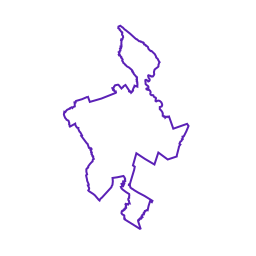 Kota Tebing Tinggi, Sumatera Utara, Indonesia, rotated 161°
{"feature_id": "22746128B29639616204280", "entity_name": "Kota Tebing Tinggi", "entity_type": "district", "adm_level": 2, "iso_a3": "IDN", "parent_name": "Indonesia", "parent_adm1": "Sumatera Utara", "projection": "equal_earth", "projection_center": [99.154, 3.328], "detail": "fine", "context": "isolated", "style": "outline", "palette": "violet", "viewbox_px": 256, "rotation_deg": 161, "n_neighbors": 0, "source": "geoboundaries", "source_scale": "gbopen_adm2", "svg_char_len": 5834}
<svg xmlns="http://www.w3.org/2000/svg" viewBox="0 0 256 256"><g transform="rotate(161 128 128)"><path d="M160.9,42.7L149.6,28.8L148.9,28.9L148.8,35.8L148.7,36.9L148.5,37.5L148.0,37.7L147.5,37.3L146.9,37.7L146.8,38.3L145.9,38.7L145.4,38.2L145.2,38.5L144.6,38.3L143.9,38.9L144.0,39.6L143.4,39.4L143.5,40.1L143.2,40.6L142.8,41.1L142.4,41.1L142.1,41.4L141.2,41.1L140.6,41.8L140.7,42.4L140.6,42.9L139.6,43.1L139.1,44.0L138.3,43.8L137.7,44.2L136.9,44.3L136.2,43.8L134.0,47.5L130.9,51.7L129.6,50.1L128.6,51.2L134.5,58.4L139.3,63.5L142.4,67.2L143.7,69.1L144.0,69.2L145.1,70.9L144.9,72.7L145.8,73.7L145.5,74.4L145.1,74.5L144.6,74.0L143.7,75.5L135.9,86.3L134.2,89.2L135.5,91.0L128.3,101.4L122.0,93.2L114.9,84.9L107.3,94.9L100.7,85.3L91.2,85.2L90.7,86.3L86.2,93.1L86.2,93.4L85.1,94.5L83.9,95.3L84.5,96.1L84.5,96.4L82.9,98.1L81.9,98.2L80.7,99.3L80.7,99.7L80.0,99.6L79.9,100.3L79.6,100.5L79.3,102.0L78.5,101.8L78.2,102.2L77.7,102.2L73.9,105.9L70.1,110.2L70.8,112.7L85.4,112.6L85.5,125.5L86.6,125.4L86.7,125.8L87.9,126.1L89.3,125.6L89.2,126.1L89.2,126.7L89.5,127.0L90.2,126.8L90.4,127.0L90.1,127.2L90.2,127.5L91.2,128.3L90.8,129.1L90.7,129.8L90.4,130.3L90.5,130.7L90.3,131.4L90.9,133.7L91.8,135.5L91.1,137.5L89.2,137.4L88.4,138.2L88.0,139.3L88.1,141.3L88.9,142.9L90.0,143.9L91.4,144.2L92.5,143.9L93.0,144.2L93.2,144.6L93.0,145.1L91.8,147.1L92.1,147.9L92.9,148.4L93.4,149.3L93.4,150.7L94.0,151.1L95.2,151.4L95.8,152.4L95.7,153.3L95.1,154.1L94.9,155.0L95.0,155.9L95.5,157.0L96.8,157.6L97.9,158.5L97.9,159.1L97.6,159.3L96.8,159.2L96.7,158.8L96.2,158.6L95.8,158.8L95.3,160.2L95.4,161.0L97.0,163.5L97.0,164.1L96.6,165.2L96.3,166.9L95.9,167.7L95.2,167.7L94.0,166.3L93.7,165.4L92.6,165.5L92.2,165.9L91.8,166.4L91.7,167.1L92.2,169.0L92.1,169.7L92.0,170.8L91.5,171.2L89.9,170.1L89.7,169.5L89.0,169.3L88.9,169.0L88.4,169.0L87.9,168.6L87.5,168.7L86.1,169.8L85.7,170.3L85.3,172.4L83.9,174.5L83.1,174.9L79.9,175.9L79.2,176.3L78.5,178.1L78.0,178.5L77.6,179.3L76.7,179.9L77.2,181.7L77.4,183.7L78.4,185.5L78.2,186.4L78.6,189.1L80.7,193.2L81.4,193.3L82.3,194.7L82.3,195.0L82.9,196.2L82.8,198.1L83.3,199.0L84.3,200.0L84.3,200.8L84.6,201.2L85.4,201.5L85.6,202.0L85.4,203.5L85.8,204.0L86.4,204.0L87.1,205.2L87.8,205.3L88.4,206.2L89.2,206.4L90.8,209.1L91.1,209.1L91.7,209.9L95.3,216.5L98.6,221.7L99.1,222.2L100.2,224.7L100.6,225.1L102.0,227.2L104.0,227.0L104.7,225.5L103.8,224.3L103.7,223.9L103.9,223.5L103.3,222.4L103.2,221.5L102.8,221.1L102.7,220.5L102.3,220.3L102.4,219.7L103.0,218.9L103.2,218.4L103.2,217.9L102.8,216.7L103.0,215.5L103.2,215.1L104.4,214.2L104.4,213.7L104.8,213.4L105.2,213.5L105.6,213.9L106.1,213.2L105.8,212.4L107.1,209.3L107.0,209.0L107.4,207.8L108.4,207.7L108.4,206.8L108.0,206.6L108.3,206.2L108.7,206.3L108.7,205.8L109.6,205.7L109.5,205.1L109.6,204.9L109.6,204.3L109.9,203.8L110.5,203.9L111.0,202.8L111.7,202.8L111.8,202.5L111.6,202.3L111.8,201.8L112.1,202.0L112.1,201.5L112.1,200.5L112.9,200.3L112.8,199.6L111.9,199.5L111.8,198.3L111.3,197.7L111.1,197.0L111.2,196.6L111.5,196.6L111.4,195.9L110.9,195.2L110.8,194.4L111.6,193.5L111.2,192.3L111.2,191.0L110.4,190.0L110.2,188.9L109.8,188.6L109.1,186.8L107.3,184.8L105.5,181.7L105.2,180.6L105.6,180.5L105.6,180.0L105.1,179.2L105.3,178.8L104.8,178.2L104.9,177.2L103.9,174.9L103.8,174.4L103.4,173.8L103.4,173.2L103.1,173.2L103.1,172.5L103.7,171.6L103.6,171.3L103.7,170.9L104.2,170.8L104.1,169.3L104.2,168.9L104.4,169.6L104.6,169.3L104.4,167.8L104.7,167.5L104.6,167.1L105.6,164.3L106.1,164.9L106.5,165.0L106.5,164.7L108.0,165.9L108.7,164.7L109.1,164.7L110.8,162.8L111.3,162.1L111.1,161.8L111.6,161.3L113.6,160.3L113.8,161.8L114.8,161.8L115.1,162.3L114.8,162.8L114.8,163.4L116.4,169.5L118.7,168.9L119.5,168.2L120.4,168.0L121.3,167.5L122.8,171.6L123.3,172.2L126.3,172.6L127.3,171.8L127.7,171.7L128.3,170.9L129.2,170.6L129.8,170.8L129.9,170.3L129.5,169.4L129.6,169.1L128.9,169.0L128.8,168.4L129.3,168.1L128.2,166.5L127.7,166.5L127.8,165.4L128.1,165.2L143.6,164.5L155.6,165.1L155.7,170.3L156.0,170.2L156.8,170.6L162.2,170.2L168.4,170.5L169.1,170.0L169.2,169.3L170.3,169.6L170.4,169.0L170.3,168.5L170.5,168.3L171.3,165.7L173.0,165.7L174.1,165.0L174.6,165.9L176.3,165.7L177.2,165.4L177.1,165.2L179.4,165.1L180.9,164.4L182.1,163.4L182.9,164.1L184.2,161.8L184.3,160.3L184.1,157.9L183.5,156.6L183.4,155.8L181.9,154.3L181.9,151.6L182.5,150.9L182.1,148.7L182.5,148.6L182.4,148.2L176.5,149.3L176.8,147.7L176.2,145.1L174.9,144.2L175.3,143.5L175.2,141.8L175.0,140.3L174.5,139.5L173.9,135.9L174.8,135.8L171.9,126.8L171.4,126.3L171.4,122.0L170.6,121.7L170.6,120.9L169.4,120.7L169.3,120.0L169.8,119.9L170.6,119.2L170.2,117.9L170.8,117.3L170.8,116.8L170.3,116.3L171.0,115.2L170.6,114.6L170.8,113.7L170.8,113.4L170.2,112.8L170.2,112.4L170.6,112.2L170.4,111.7L170.6,111.2L170.4,109.9L171.3,109.7L171.8,109.2L172.4,107.9L173.4,107.6L175.8,106.3L178.2,104.6L178.4,103.8L179.5,103.1L180.0,103.2L180.8,102.6L181.6,100.2L181.8,97.4L182.6,97.2L183.1,96.7L183.5,92.6L183.8,91.4L183.5,87.4L183.9,86.6L184.6,86.7L184.3,83.8L184.7,82.9L185.9,81.9L185.5,81.0L182.3,76.9L181.2,75.1L179.0,69.5L178.5,68.7L177.7,69.6L176.9,70.1L175.3,70.7L163.0,77.4L162.3,78.4L161.2,79.3L159.7,82.5L158.9,85.8L154.2,84.9L147.9,84.1L147.4,82.4L147.3,81.0L147.5,81.0L147.7,80.1L148.0,79.7L147.8,78.7L148.1,78.5L150.0,79.1L150.2,78.6L149.5,76.8L150.7,75.5L150.7,77.3L152.3,77.3L152.3,74.7L153.0,74.5L153.9,74.6L153.8,73.0L153.0,71.4L150.6,67.9L148.4,65.2L148.7,63.8L149.5,62.4L149.6,61.6L150.6,61.2L151.0,60.3L151.1,59.6L150.8,59.0L151.0,58.2L151.0,56.7L151.1,56.8L152.8,55.6L153.6,56.6L153.8,56.6L154.1,56.1L154.7,56.0L155.1,56.8L155.3,56.6L155.1,55.3L155.5,54.7L155.6,53.7L156.0,53.7L155.9,53.0L156.5,52.7L157.4,52.8L157.6,52.1L158.5,52.2L158.7,51.6L159.8,51.3L160.2,51.7L160.9,51.4L161.6,50.3L161.7,49.7L161.9,49.4L161.4,48.0L160.2,46.9L160.0,46.4L160.9,44.0L160.5,43.7L160.5,43.0L160.9,42.7Z" fill="none" stroke="#5b21b6" stroke-width="2"/></g></svg>